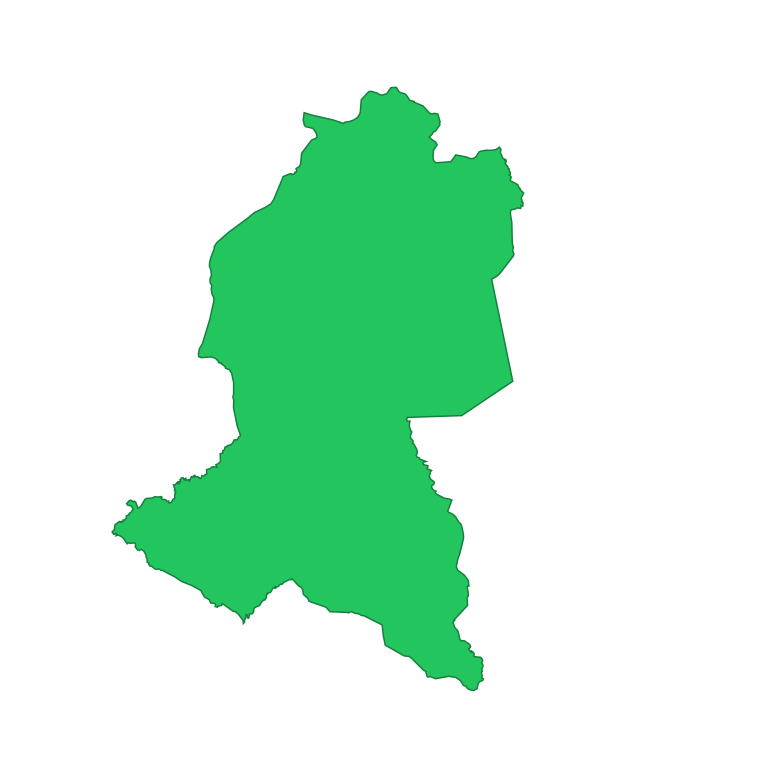 Gourma, Gourma, Burkina Faso (Mercator projection), rotated 114°
{"feature_id": "67063806B98154706729521", "entity_name": "Gourma", "entity_type": "district", "adm_level": 2, "iso_a3": "BFA", "parent_name": "Burkina Faso", "parent_adm1": "Gourma", "projection": "mercator", "projection_center": [0.724, 12.228], "detail": "fine", "context": "isolated", "style": "filled", "palette": "green", "viewbox_px": 768, "rotation_deg": 114, "n_neighbors": 0, "source": "geoboundaries", "source_scale": "gbopen_adm2", "svg_char_len": 6171}
<svg xmlns="http://www.w3.org/2000/svg" viewBox="0 0 768 768"><g transform="rotate(114 384 384)"><path d="M120.7,374.9L124.1,376.9L126.5,380.2L128.9,385.8L132.1,390.5L133.4,391.6L138.6,392.3L141.3,393.8L142.9,396.3L143.1,400.9L145.5,411.6L153.7,413.3L161.0,426.9L159.4,429.7L157.4,431.3L150.3,433.9L143.8,432.8L142.0,435.1L141.1,440.3L139.9,443.1L136.0,441.5L134.2,441.5L131.6,439.7L124.5,438.3L123.6,439.2L121.8,439.3L115.9,444.2L115.5,444.8L115.8,446.5L116.5,448.5L118.0,450.0L118.1,452.4L114.1,461.6L114.4,471.4L113.7,471.4L114.4,475.8L110.9,481.2L110.4,483.5L111.1,487.1L110.7,489.5L108.0,493.3L110.3,498.1L117.8,499.6L120.9,503.4L121.5,505.4L121.0,508.3L121.8,514.7L123.0,516.8L133.5,520.4L145.5,516.2L148.6,516.1L151.7,516.8L155.3,519.2L158.5,522.6L160.7,526.2L162.5,527.2L163.4,537.4L167.8,559.9L168.6,567.3L175.8,565.1L180.0,562.0L180.7,560.1L179.5,553.4L179.7,552.1L182.7,547.7L185.5,545.5L187.7,546.5L190.5,549.4L206.7,553.1L216.9,549.7L219.9,549.8L222.9,552.0L224.9,550.4L226.2,550.6L227.0,551.6L227.9,551.2L229.3,552.1L230.1,553.4L229.5,554.0L230.6,555.8L235.4,560.4L260.5,559.8L265.5,560.6L270.9,564.3L280.1,572.1L288.0,576.0L308.6,587.7L323.3,594.4L327.7,594.9L329.3,594.1L339.3,593.6L344.5,592.5L347.5,591.4L350.0,588.7L355.1,585.8L358.7,585.7L362.4,583.9L363.7,581.6L367.8,580.3L371.9,577.6L374.6,574.4L377.3,573.2L396.0,569.4L420.8,566.3L426.9,567.0L432.2,565.7L434.4,564.3L434.2,561.5L429.7,553.3L429.1,549.1L430.2,545.2L431.7,543.8L431.2,541.2L431.6,541.4L432.6,536.5L434.1,535.1L433.8,531.2L436.1,527.6L443.8,522.0L454.1,517.4L457.2,516.8L460.3,514.5L466.8,511.9L482.1,501.0L488.3,495.1L490.2,494.1L491.3,495.1L494.7,495.4L496.0,498.2L499.5,498.3L502.0,499.3L504.0,502.0L504.9,501.7L506.4,503.6L508.5,502.9L510.7,504.1L512.4,503.1L514.4,505.3L521.3,501.9L524.5,503.2L526.0,504.8L528.0,502.9L529.1,506.4L530.1,507.7L531.7,508.1L534.4,511.2L538.3,509.3L539.6,510.7L540.5,510.6L541.7,511.7L541.9,513.2L543.7,512.7L545.1,513.3L544.7,514.4L545.2,514.8L544.4,516.2L545.2,518.0L544.5,519.5L545.9,519.4L546.3,520.1L545.6,520.6L547.1,521.2L547.0,522.2L551.8,522.4L550.8,523.4L552.7,526.0L552.5,526.9L551.3,526.4L550.7,526.8L552.4,528.0L551.4,529.4L552.0,530.6L554.5,531.5L555.4,530.1L556.9,531.9L557.3,530.5L558.2,530.5L558.9,531.8L557.9,532.8L561.2,533.9L561.8,535.3L564.6,532.7L566.2,532.3L566.2,531.3L567.7,531.0L568.0,530.0L569.8,530.3L573.6,528.7L575.5,529.9L578.9,530.2L580.0,532.3L578.5,533.1L579.7,534.5L578.8,535.4L578.7,537.5L579.6,539.4L579.0,541.2L577.7,540.8L577.7,542.4L579.3,544.6L580.2,547.6L582.4,549.3L585.0,554.2L586.6,555.5L595.2,556.5L597.5,558.4L593.0,562.7L592.6,564.6L593.6,565.2L593.1,567.9L594.0,569.1L597.9,570.5L599.0,569.0L598.2,565.4L600.0,562.8L601.3,562.4L604.0,562.9L606.0,564.2L607.3,563.7L609.1,565.7L611.4,564.9L613.6,565.6L614.5,567.0L615.1,566.5L615.9,567.4L615.9,566.7L617.6,568.1L617.2,569.8L622.0,572.5L626.8,571.1L629.8,572.2L631.2,570.0L631.2,569.3L629.5,568.1L629.8,567.2L631.6,567.1L630.2,565.4L630.1,562.6L630.8,559.5L634.5,553.7L632.9,552.7L632.8,550.9L631.1,548.4L630.8,546.4L632.6,545.0L633.7,545.3L635.9,541.6L635.3,540.9L635.6,539.8L633.8,538.7L634.3,535.6L637.5,531.2L638.8,531.1L640.3,529.2L643.1,528.0L643.1,526.3L644.5,525.5L645.5,523.7L645.0,521.7L646.2,518.3L645.6,515.7L644.4,514.5L644.9,512.3L644.4,511.4L645.3,496.4L646.7,488.7L646.3,477.4L647.1,467.4L651.7,461.3L652.0,456.1L654.6,453.2L653.3,449.5L654.0,448.2L656.0,447.7L655.7,445.4L654.8,445.5L652.3,442.3L650.3,442.4L653.1,429.0L652.4,427.3L653.4,423.8L657.2,416.7L660.0,415.1L657.7,414.6L656.7,415.6L654.9,415.1L650.6,416.2L650.6,414.7L653.2,413.7L653.0,412.4L648.6,413.2L647.4,410.8L644.9,410.4L643.1,411.4L640.6,411.0L637.0,407.6L632.3,407.0L630.1,405.8L629.7,404.9L627.1,404.6L624.2,405.6L623.3,405.0L622.9,405.6L620.4,402.9L615.8,402.4L614.7,401.5L614.9,400.2L614.3,399.9L613.8,401.0L613.2,400.9L613.4,400.0L612.1,398.3L609.0,397.2L608.4,395.7L605.9,394.8L601.1,390.8L600.6,389.3L599.3,388.8L603.2,379.8L603.4,377.2L605.1,374.5L609.0,372.1L610.7,366.6L613.0,364.0L611.5,346.1L614.0,340.8L607.3,323.9L607.6,323.4L605.2,321.4L605.3,317.3L604.2,313.3L604.6,310.6L603.9,308.2L604.8,287.8L615.3,281.5L622.1,276.6L624.2,255.0L622.7,250.4L623.2,247.6L629.5,231.3L629.5,229.1L633.8,225.5L633.7,224.3L632.4,222.8L632.3,217.1L624.6,205.8L622.9,199.0L623.9,193.5L627.0,188.9L626.9,185.7L628.1,184.3L628.2,183.2L628.3,180.3L627.5,177.2L624.3,175.0L619.1,176.2L617.4,175.7L614.5,173.2L613.1,173.1L612.7,175.3L610.5,175.6L607.9,177.7L606.5,177.4L604.9,178.5L600.8,179.0L599.0,181.3L596.4,181.4L595.3,182.4L594.4,184.6L596.3,190.4L595.7,191.5L593.9,191.8L592.7,193.5L592.4,195.3L593.5,195.0L593.4,195.8L591.3,199.1L590.3,198.3L588.7,198.1L587.1,199.7L585.9,206.4L587.1,208.6L586.6,210.7L579.7,215.8L577.6,220.4L573.8,224.0L571.0,223.3L570.9,224.0L552.2,217.6L545.6,221.1L543.3,220.9L541.1,221.7L535.1,225.8L534.0,224.2L529.3,227.1L526.0,232.7L524.2,240.9L521.6,243.6L513.8,245.4L507.9,245.8L492.5,248.6L489.0,250.3L482.7,254.8L480.6,257.0L479.5,259.9L476.1,264.7L474.9,268.6L474.9,272.9L474.3,274.0L462.5,274.8L462.4,276.5L463.8,282.9L463.2,292.2L462.4,293.0L460.7,292.8L460.9,295.2L459.3,298.4L457.2,299.0L455.9,297.7L453.6,297.9L452.9,298.6L452.0,303.0L449.6,305.1L444.8,305.9L443.7,305.4L443.9,310.0L440.8,310.5L441.6,315.1L440.5,316.2L439.5,316.1L437.7,314.1L438.0,319.8L437.9,321.1L437.2,321.6L437.2,324.4L435.9,325.5L433.4,325.5L430.6,327.2L426.7,332.3L426.4,333.9L424.9,333.9L423.9,334.6L422.5,337.9L420.8,338.7L416.4,339.2L415.3,341.1L411.9,343.9L407.3,345.3L408.4,347.4L407.2,349.1L404.9,348.9L381.3,300.2L329.1,267.5L244.5,328.3L239.1,324.4L235.5,323.0L214.9,318.0L212.7,318.0L209.9,320.7L206.7,321.3L203.1,324.1L184.5,332.9L177.0,337.8L174.2,338.8L172.9,338.4L171.4,335.9L168.9,333.9L168.0,330.6L165.1,331.3L165.0,329.6L161.5,330.9L161.5,332.3L160.3,332.5L158.2,334.3L152.7,334.1L151.0,338.8L150.0,339.2L149.7,340.5L147.5,342.9L146.9,351.5L143.6,351.9L142.8,352.4L142.2,354.6L140.9,353.8L139.3,354.7L138.4,356.6L136.7,356.9L136.3,358.3L134.6,359.9L133.9,362.2L132.4,363.3L131.5,362.6L129.8,363.6L130.5,364.7L129.5,364.8L129.7,366.9L126.8,370.1L125.4,371.7L122.0,372.7L120.7,374.9Z" fill="#22c55e" stroke="#15803d" stroke-width="1.5"/></g></svg>